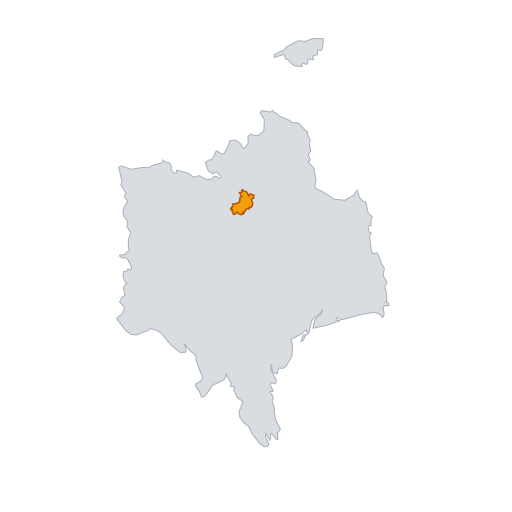 location of Rhône within France, rotated 245°
{"feature_id": "FRA-5338", "entity_name": "Rhône", "entity_type": "Metropolitan department", "adm_level": 1, "iso_a3": "FRA", "parent_name": "France", "parent_adm1": "", "projection": "natural_earth1", "projection_center": [4.648, 45.872], "detail": "fine", "context": "in_parent", "style": "filled", "palette": "amber", "viewbox_px": 512, "rotation_deg": 245, "n_neighbors": 0, "source": "natural_earth", "source_scale": "10m", "svg_char_len": 5463}
<svg xmlns="http://www.w3.org/2000/svg" viewBox="0 0 512 512"><g transform="rotate(245 256 256)"><path d="M382.3,212.2L379.3,213.7L377.5,216.5L375.6,217.2L372.2,217.2L370.5,215.5L366.4,216.6L364.7,218.5L367.2,220.7L359.1,230.0L353.9,232.5L352.8,238.5L346.7,243.1L344.4,247.9L344.2,248.8L345.8,250.4L345.1,253.5L342.0,255.5L342.0,257.5L342.9,257.8L347.7,256.2L349.5,254.4L348.5,251.8L353.3,248.7L361.9,249.5L363.0,253.6L361.9,257.1L368.2,264.6L362.8,268.1L362.5,270.5L368.1,278.1L371.6,281.2L369.8,286.3L363.9,289.6L360.2,289.3L358.6,290.1L358.8,291.7L361.4,296.4L367.8,299.3L368.8,302.8L367.0,304.1L364.1,309.4L365.4,312.0L365.0,313.1L365.6,314.9L367.3,316.7L376.2,321.2L384.1,320.3L385.2,322.9L380.4,329.8L380.7,332.9L378.2,333.0L377.8,334.1L372.9,336.4L365.0,343.4L361.3,345.4L359.8,349.0L357.6,351.0L346.2,355.0L344.1,354.1L338.5,354.2L335.0,351.7L328.3,350.1L326.1,346.4L319.9,345.7L319.6,343.2L310.8,345.5L298.6,342.1L294.2,338.5L290.7,339.4L287.5,342.6L274.2,351.2L269.0,360.0L269.9,370.3L272.9,375.4L264.8,374.6L260.0,376.1L258.7,378.3L247.3,375.8L243.1,377.9L241.9,377.7L240.5,375.6L234.9,373.1L235.8,371.4L235.0,369.9L229.8,368.7L227.9,370.2L225.9,367.2L211.2,362.5L208.8,362.5L207.8,367.2L198.3,367.1L197.0,366.3L190.8,367.2L184.4,362.9L177.1,363.7L172.8,359.2L168.5,358.9L162.4,356.6L159.7,355.4L159.3,354.1L157.5,356.1L155.3,355.7L154.8,355.1L156.3,352.6L156.7,349.7L149.1,347.6L147.1,345.5L147.1,344.4L151.3,343.4L155.0,339.4L158.9,324.9L161.8,307.8L163.7,304.6L166.1,303.7L164.3,301.3L161.9,304.4L163.6,288.8L166.6,277.1L172.8,281.8L174.3,283.9L176.0,290.9L179.5,293.9L177.3,291.0L175.2,281.7L173.8,279.1L163.9,271.3L163.6,269.5L168.0,270.5L166.3,264.7L165.6,252.5L159.5,251.3L149.9,246.1L143.4,236.8L142.7,233.3L144.6,229.6L143.1,227.3L140.3,225.7L142.6,222.6L144.6,222.2L151.6,224.1L145.9,221.1L136.6,222.1L132.9,221.0L132.3,218.9L134.9,216.1L131.9,214.3L126.5,214.7L125.9,214.0L127.5,211.9L126.2,211.2L121.8,212.0L119.4,211.3L117.2,209.0L110.2,208.5L108.6,207.2L99.1,204.6L88.9,205.0L86.3,200.5L80.2,198.2L81.5,196.8L87.7,195.4L88.9,194.2L84.5,192.3L83.0,190.4L91.3,190.0L87.6,188.0L79.6,188.1L78.7,185.4L79.8,182.6L84.6,180.1L96.2,177.4L104.7,177.3L110.7,174.1L116.6,173.2L122.1,174.8L129.5,182.7L135.6,179.2L144.6,179.3L146.4,181.3L148.9,177.7L150.8,179.8L161.8,179.1L159.3,177.7L157.3,174.3L157.2,161.9L151.9,153.0L150.6,149.7L151.0,147.0L157.5,147.5L163.0,146.2L165.5,147.1L166.0,152.8L168.2,156.2L183.2,157.2L191.9,159.0L199.3,155.7L206.2,154.3L206.7,153.5L202.8,153.8L199.2,152.4L198.7,150.9L200.7,146.4L211.3,141.4L226.6,137.2L230.6,134.4L235.2,129.3L234.2,128.0L235.0,114.3L237.4,109.8L243.2,106.5L258.0,103.2L259.8,107.6L259.7,110.0L263.6,113.9L265.5,115.1L272.0,113.0L275.0,116.6L275.9,120.7L283.7,122.4L286.0,127.7L287.4,126.5L292.3,126.7L294.6,127.2L297.7,129.5L296.8,132.7L298.2,134.2L296.8,137.2L297.8,138.4L306.7,138.4L309.4,137.1L310.6,134.1L313.4,132.4L314.4,132.9L312.7,138.4L313.9,139.8L314.6,143.7L317.9,144.0L324.6,147.2L330.1,152.3L337.0,151.5L342.4,154.4L348.0,152.9L353.3,154.5L355.2,156.0L360.1,163.2L363.9,161.8L366.6,162.6L367.5,164.7L377.6,163.5L379.4,165.6L381.5,166.3L394.4,169.1L394.6,171.8L387.3,179.6L384.2,190.7L382.1,194.6L381.3,197.5L381.9,199.4L381.6,202.4L380.1,209.7L381.0,211.8L382.3,212.2ZM431.1,363.5L430.6,368.2L432.5,371.6L433.3,385.0L429.6,391.5L429.1,399.4L424.5,408.8L417.0,404.6L414.8,402.3L416.7,398.7L412.4,396.8L413.4,393.3L412.9,391.6L409.9,391.4L409.7,390.5L411.9,387.8L411.8,386.1L408.9,384.0L408.4,382.2L411.1,380.1L409.8,378.2L408.3,377.8L411.9,371.7L414.5,369.8L420.2,368.1L422.5,365.8L426.3,367.0L427.0,366.4L428.1,356.8L429.4,356.6L430.6,357.9L431.1,363.5ZM164.5,265.3L163.5,268.1L159.8,263.3L159.4,260.7L164.5,265.3Z" fill="#d9dde1" stroke="#a8b0b8" stroke-width="1"/><path d="M312.9,256.9L312.9,257.5L312.7,257.8L312.3,258.6L312.2,258.9L312.0,259.9L311.7,260.4L311.7,261.0L311.8,261.7L311.9,262.4L311.7,263.4L311.7,263.7L311.9,263.8L312.6,264.0L312.8,264.5L313.3,264.7L313.5,265.2L314.1,265.1L314.7,265.5L315.2,266.0L315.7,266.3L315.6,266.8L315.8,267.6L315.9,268.3L316.6,268.1L317.4,267.8L317.8,267.8L319.2,268.0L319.6,268.0L320.5,267.8L320.4,268.2L319.7,269.3L319.7,269.8L320.0,270.2L321.6,271.0L321.9,271.3L321.8,271.8L321.2,271.8L320.5,272.1L319.4,273.0L319.2,273.3L318.8,274.2L318.3,274.5L313.5,274.9L313.2,275.1L314.0,275.8L314.7,276.5L314.4,277.6L312.7,278.9L312.0,279.8L311.3,278.9L311.0,278.7L310.0,278.8L309.6,278.7L309.4,278.4L309.3,277.8L309.7,276.3L309.6,275.9L309.0,275.5L308.2,275.4L306.7,275.6L305.5,275.4L303.9,274.5L302.7,273.2L302.2,271.8L302.4,271.4L303.0,270.6L303.0,270.2L302.6,270.1L302.1,270.0L301.7,269.9L301.7,269.3L302.6,268.0L302.9,267.3L302.4,266.5L301.6,266.1L301.4,265.9L301.3,265.5L301.5,265.0L301.6,264.7L301.3,264.1L299.6,263.2L299.4,262.8L299.7,262.6L300.6,262.3L300.8,261.9L300.6,261.6L299.9,261.2L299.4,260.7L299.5,260.2L301.6,258.1L302.0,257.8L303.3,257.7L303.9,257.6L304.0,256.8L303.9,256.3L303.5,255.7L303.1,255.4L302.7,255.2L302.8,255.0L303.0,254.3L303.1,253.5L303.2,253.3L303.3,253.2L303.6,253.0L304.6,253.4L305.5,253.6L306.0,253.6L306.3,253.5L306.5,253.3L306.7,253.2L306.9,253.2L307.2,253.5L307.3,253.7L307.6,253.9L307.8,254.0L308.2,254.0L308.4,253.9L308.5,253.7L308.6,253.3L308.6,253.1L308.7,252.9L309.0,252.9L309.6,253.1L309.8,253.2L309.9,253.5L309.9,253.9L309.9,254.1L310.4,254.3L310.6,254.5L310.7,254.8L310.6,255.2L310.6,255.4L310.9,255.9L311.0,256.4L311.5,256.7L312.9,256.9Z" fill="#f59e0b" stroke="#b45309" stroke-width="1.5"/></g></svg>